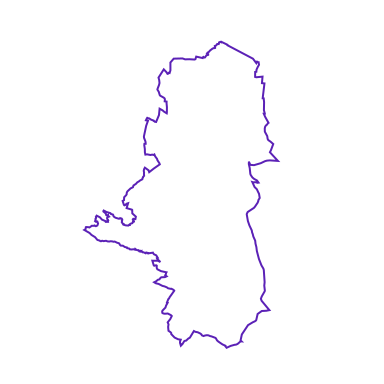 the district of Batos, Mures, Romania, rotated 191°
{"feature_id": "2599482B32614611186609", "entity_name": "Batos", "entity_type": "district", "adm_level": 2, "iso_a3": "ROU", "parent_name": "Romania", "parent_adm1": "Mures", "projection": "equal_earth", "projection_center": [24.65, 46.876], "detail": "fine", "context": "isolated", "style": "outline", "palette": "violet", "viewbox_px": 384, "rotation_deg": 191, "n_neighbors": 0, "source": "geoboundaries", "source_scale": "gbopen_adm2", "svg_char_len": 6074}
<svg xmlns="http://www.w3.org/2000/svg" viewBox="0 0 384 384"><g transform="rotate(191 192 192)"><path d="M242.9,206.9L243.4,205.2L243.4,203.5L242.8,202.1L242.6,200.5L242.1,198.8L242.9,197.6L242.8,197.0L243.2,196.2L243.2,195.0L245.2,193.4L246.0,192.4L247.6,191.0L248.5,189.4L250.7,187.2L250.9,185.4L253.0,183.8L255.5,180.3L255.8,179.4L255.9,178.4L255.7,177.3L256.0,176.4L257.6,173.9L257.2,171.0L258.4,170.0L256.4,166.4L255.8,166.0L255.1,166.4L254.0,168.0L252.6,168.8L253.1,163.7L247.6,163.2L247.3,163.0L246.5,159.6L242.4,157.1L242.4,154.6L244.5,154.5L244.9,153.8L244.7,153.3L243.4,152.3L243.3,151.9L244.3,151.4L244.2,151.0L244.7,150.0L246.3,149.1L247.0,148.3L246.8,147.7L247.7,147.5L248.1,146.9L250.7,146.6L251.8,146.7L252.9,147.5L253.1,147.3L252.8,146.8L253.1,146.8L255.2,149.0L255.1,149.9L255.4,150.5L255.1,151.3L255.3,151.8L256.0,152.5L257.1,152.6L257.0,152.3L258.8,151.8L261.9,152.1L263.5,152.6L264.6,153.5L264.9,154.3L265.4,154.8L267.3,154.9L267.8,155.5L268.3,155.7L272.4,156.1L274.1,156.7L274.6,156.5L275.1,156.9L275.4,156.3L275.2,155.9L273.1,154.8L272.3,154.0L271.7,152.9L270.9,152.8L270.0,153.5L269.7,152.6L268.8,152.0L270.2,151.1L270.4,150.5L270.2,149.5L269.3,148.8L269.4,148.2L268.8,147.9L269.0,147.2L268.8,146.7L271.0,146.2L271.2,146.4L270.8,146.8L275.1,147.7L277.6,149.6L281.1,150.6L281.6,149.3L281.3,148.9L281.3,147.9L281.5,147.6L281.4,147.2L281.6,146.9L281.4,146.5L281.3,145.9L281.6,144.9L280.9,144.5L280.1,144.9L279.6,144.5L279.2,144.8L278.2,143.1L278.5,141.1L279.8,140.1L280.6,140.1L281.2,140.6L282.5,139.9L283.8,139.8L285.9,137.6L287.0,137.7L289.3,137.4L289.5,137.2L289.4,135.2L290.5,134.2L284.7,132.2L282.5,130.7L278.6,129.2L275.7,126.9L273.4,126.7L272.7,126.3L271.9,126.3L270.9,127.0L269.4,126.9L267.1,127.7L265.4,127.4L263.8,127.6L262.6,128.1L261.1,128.3L259.5,128.2L258.4,128.6L255.8,127.9L254.4,127.8L253.6,127.6L252.8,126.5L251.7,125.8L249.6,126.1L247.5,125.2L245.2,125.1L244.9,124.5L242.9,124.5L242.4,124.2L242.2,123.9L240.6,124.0L238.1,124.7L237.3,124.6L237.0,124.8L236.9,125.3L236.3,125.0L236.3,124.5L235.3,124.6L234.2,124.4L233.6,124.7L233.2,124.6L232.7,123.9L231.8,124.3L231.6,123.8L230.5,124.4L230.5,123.7L229.4,123.8L228.9,123.4L228.4,123.6L227.3,123.4L225.8,123.0L225.5,123.8L225.1,123.9L224.7,123.9L223.6,123.3L223.3,123.3L223.1,123.8L222.1,123.8L218.8,125.0L218.5,124.5L217.4,123.6L215.0,123.0L213.0,120.8L213.8,120.3L213.0,119.3L211.0,118.2L209.7,117.2L212.3,118.0L217.8,117.0L215.6,112.8L215.0,112.4L213.6,113.1L212.9,113.2L212.5,112.9L212.3,111.3L211.9,110.3L211.2,109.5L210.4,109.3L207.3,108.4L201.8,108.3L202.0,107.8L202.0,105.8L202.4,105.2L200.8,104.4L202.3,103.3L205.9,102.4L206.7,101.4L207.3,100.0L208.8,99.3L210.1,97.6L211.9,96.2L210.1,95.5L207.3,95.4L203.1,94.2L201.0,94.1L198.5,93.6L197.1,92.9L194.3,92.9L193.8,93.1L191.4,92.4L190.6,91.7L194.0,84.2L194.2,83.1L194.8,82.4L195.5,78.7L194.8,78.6L195.8,75.5L196.0,73.5L198.3,70.0L198.5,69.2L198.1,67.7L197.1,67.3L195.5,67.3L192.6,68.1L189.2,67.1L188.2,66.4L189.1,63.1L191.0,59.4L189.8,57.6L189.7,55.0L188.6,51.3L186.2,50.2L185.5,49.6L185.2,48.5L181.3,45.8L177.6,44.8L174.9,44.9L175.2,43.2L175.1,42.2L174.9,41.4L174.2,40.9L174.3,40.3L173.6,39.0L172.3,41.0L171.2,44.0L170.5,44.6L169.4,45.0L167.7,47.4L166.3,48.6L163.6,55.9L162.1,55.4L159.6,55.4L156.7,54.6L155.6,54.0L155.0,53.2L153.2,52.8L151.9,53.6L150.0,54.3L148.4,54.4L146.7,54.0L145.4,54.0L141.3,53.3L140.6,52.9L139.1,51.1L137.6,50.2L133.0,48.2L130.0,47.5L130.1,47.2L128.3,45.7L124.7,48.3L120.9,50.2L119.8,50.5L118.3,51.5L116.1,54.3L115.5,54.7L114.8,54.8L116.0,55.6L115.9,61.7L111.6,72.0L107.5,75.7L105.7,77.0L104.8,77.9L104.5,78.6L104.3,84.8L100.8,88.5L96.4,89.6L93.5,90.8L102.9,98.5L104.0,100.3L103.6,102.8L101.7,108.4L101.7,109.2L103.2,113.9L103.5,117.3L106.6,129.0L107.3,130.4L109.8,133.2L113.5,139.0L117.1,146.5L118.3,150.2L119.8,153.4L120.7,156.3L123.3,160.0L124.3,162.2L125.3,163.8L126.0,165.7L129.3,170.2L131.6,174.2L134.0,180.5L134.0,181.2L133.5,183.0L128.2,188.2L127.4,189.6L125.5,194.1L125.2,195.9L125.3,196.6L124.4,199.1L125.9,203.1L126.8,204.2L128.9,207.1L131.5,208.8L134.7,213.3L133.6,213.2L131.2,213.8L129.6,213.5L128.5,213.9L130.4,215.7L133.5,216.7L135.5,217.8L137.6,219.9L138.2,220.9L139.9,226.5L141.6,230.4L141.8,231.9L141.5,232.0L140.4,230.4L139.6,229.8L136.2,230.2L130.0,233.4L126.2,236.2L124.4,237.1L121.6,237.9L113.6,238.9L123.1,245.9L122.5,248.0L121.4,254.6L124.5,256.4L127.0,257.5L127.5,258.1L127.9,258.6L128.8,261.2L132.0,265.1L132.7,268.2L132.7,269.8L132.2,271.3L131.2,272.5L130.6,274.0L130.1,274.5L134.5,279.7L136.5,282.6L135.5,282.9L137.0,286.0L138.4,294.0L139.5,297.6L140.5,297.5L141.6,312.4L144.1,312.2L144.8,318.7L150.8,316.9L152.0,317.0L152.9,321.9L151.8,322.3L152.0,324.5L151.3,327.3L150.5,329.7L151.4,332.1L152.1,331.9L153.0,332.4L153.7,332.2L153.4,331.3L153.5,330.8L157.6,334.5L184.8,342.7L185.2,342.8L185.3,343.3L191.8,345.0L191.9,344.5L193.0,344.7L194.0,344.0L193.9,342.6L194.0,342.3L195.5,342.1L196.1,340.6L197.5,339.7L197.3,339.1L196.9,338.4L196.8,337.8L197.4,337.5L197.9,337.5L199.2,336.7L201.3,334.3L202.2,332.7L203.3,331.8L203.7,330.8L202.4,330.4L202.3,329.7L204.0,328.8L204.9,326.6L205.7,326.3L206.6,326.8L206.9,326.5L207.1,325.5L213.7,325.7L214.0,323.0L214.8,322.5L220.1,321.8L224.1,320.9L226.8,321.3L235.4,319.4L237.9,315.0L236.4,307.3L236.7,304.5L237.6,304.6L238.1,303.5L238.6,303.3L239.9,304.7L243.1,307.0L246.7,297.9L245.6,295.7L244.7,292.8L244.8,290.7L245.5,286.8L245.5,285.9L243.8,284.1L242.1,280.9L241.6,280.5L237.7,279.2L236.7,278.6L236.3,277.8L236.1,275.8L234.2,275.9L233.9,274.2L232.8,270.5L231.8,264.9L231.8,264.4L234.7,265.5L236.4,266.5L239.7,267.6L239.1,261.2L240.6,253.9L242.0,253.9L242.4,254.3L243.1,254.4L243.3,254.8L245.9,255.2L248.1,256.1L249.3,256.0L249.9,256.3L250.1,256.3L250.5,255.2L250.9,253.6L248.8,253.6L249.6,248.3L249.8,237.3L249.4,236.0L247.4,232.8L246.9,231.4L246.7,230.5L247.9,230.2L247.8,228.9L246.5,225.2L245.8,221.9L244.9,219.8L243.3,220.4L239.8,220.4L238.2,221.1L236.8,221.0L236.1,221.7L234.9,219.9L232.6,217.8L232.0,216.6L229.4,213.9L228.9,213.0L234.0,207.7L237.8,203.3L238.8,205.0L242.9,206.9Z" fill="none" stroke="#5b21b6" stroke-width="2"/></g></svg>